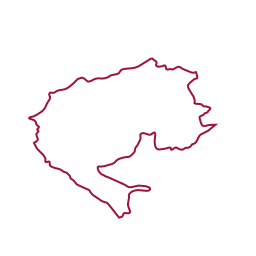 the border of Napo, rotated 57°
{"feature_id": "ECU-1290", "entity_name": "Napo", "entity_type": "Province", "adm_level": 1, "iso_a3": "ECU", "parent_name": "Ecuador", "parent_adm1": "", "projection": "equal_earth", "projection_center": [-77.718, -0.603], "detail": "fine", "context": "isolated", "style": "outline", "palette": "rose", "viewbox_px": 256, "rotation_deg": 57, "n_neighbors": 0, "source": "natural_earth", "source_scale": "10m", "svg_char_len": 3984}
<svg xmlns="http://www.w3.org/2000/svg" viewBox="0 0 256 256"><g transform="rotate(57 128 128)"><path d="M66.5,205.5L65.9,205.5L65.5,204.9L65.9,203.4L66.8,200.9L67.0,199.5L67.2,197.6L67.2,191.1L66.8,189.1L65.9,186.6L63.3,182.5L61.1,177.8L59.5,176.5L57.1,175.9L56.3,175.2L56.0,174.3L56.2,173.4L56.8,172.8L57.5,172.1L58.0,171.2L58.2,170.0L58.2,168.0L58.4,166.7L58.9,164.8L60.0,162.6L61.1,159.8L61.5,157.1L61.4,154.0L60.8,149.2L59.7,144.3L59.7,142.9L60.6,139.3L62.7,137.8L63.9,137.4L66.6,136.7L67.4,136.0L68.0,135.0L68.4,133.0L68.8,129.3L69.4,127.4L70.3,125.6L72.2,123.1L73.4,121.0L74.3,118.2L74.5,116.4L74.4,114.9L74.6,113.5L75.1,112.0L76.3,109.1L76.9,107.3L77.0,105.9L75.6,102.1L76.0,100.0L77.2,97.4L80.0,92.2L81.3,89.0L82.0,85.8L82.3,73.3L82.2,71.8L82.4,70.8L83.0,69.8L84.1,69.4L85.0,69.2L87.4,68.2L88.2,68.2L89.0,68.6L90.1,70.0L90.7,70.3L91.4,70.3L92.7,69.6L93.6,68.4L94.8,65.7L95.1,64.2L95.4,63.2L95.8,62.9L96.7,62.9L98.9,63.7L99.8,63.6L100.4,63.1L101.6,60.5L102.1,59.8L102.7,59.4L103.2,58.7L103.5,57.2L103.7,53.7L104.1,52.4L104.8,51.5L108.5,49.8L115.8,44.7L117.0,43.5L118.3,40.5L122.8,42.0L123.8,42.7L123.9,43.0L123.8,43.3L123.8,43.6L123.7,43.8L123.6,44.1L123.5,44.3L123.4,44.5L123.3,44.8L123.2,45.4L123.2,46.7L123.8,51.3L124.5,54.0L125.9,55.2L127.8,55.7L138.0,56.0L140.8,56.9L142.2,57.7L143.3,58.7L143.9,58.5L145.0,57.4L147.2,54.4L148.4,53.4L150.1,53.1L151.1,52.6L151.8,51.9L152.1,51.2L152.4,50.7L152.9,50.3L153.4,50.0L154.8,48.8L156.0,48.1L156.6,48.5L157.1,49.5L157.3,50.9L157.7,52.0L158.1,52.7L158.1,53.2L158.0,53.9L157.7,54.7L157.5,55.3L157.6,56.0L158.0,57.2L158.0,57.9L157.9,58.6L157.8,59.4L157.6,60.4L157.6,61.3L157.9,62.1L158.8,62.6L163.6,64.1L165.3,64.3L166.5,64.3L167.1,63.8L167.8,63.0L168.4,61.9L169.5,58.9L170.3,57.1L172.9,52.9L174.0,62.7L173.7,64.1L173.4,67.8L173.1,69.8L173.1,71.1L173.7,72.8L174.3,74.1L175.8,76.4L177.0,78.9L177.2,79.8L177.1,80.9L177.0,81.7L176.8,82.3L176.6,83.0L177.5,85.5L177.5,87.6L177.2,88.7L176.6,89.5L176.1,90.3L175.9,91.2L176.0,93.4L175.6,94.6L174.7,95.6L173.6,96.5L170.5,98.3L170.2,99.2L170.1,100.3L170.2,102.5L169.9,103.4L169.4,103.6L168.1,103.1L167.6,103.1L167.1,103.6L166.7,104.5L165.6,108.0L163.1,113.4L162.2,114.4L161.1,115.1L159.7,115.3L157.7,114.9L155.2,113.8L152.9,112.4L148.6,108.8L147.1,108.1L146.2,108.3L145.9,109.3L145.8,110.5L146.0,112.2L145.6,113.3L144.9,114.2L141.7,116.8L140.7,117.9L140.1,118.9L139.9,120.0L140.2,121.1L141.5,122.1L142.5,122.5L143.6,123.2L144.7,124.5L147.5,129.3L148.6,132.3L149.2,133.2L150.5,134.4L151.4,135.3L152.0,136.8L152.7,140.3L152.8,142.0L152.5,143.4L151.1,146.0L150.4,147.7L149.6,150.0L149.0,152.6L148.9,154.6L149.7,158.9L149.5,160.9L147.1,168.7L146.2,170.6L145.4,172.1L144.3,173.4L144.3,174.6L145.6,175.5L147.9,176.1L150.5,175.9L152.5,175.3L154.2,174.3L154.5,174.0L156.4,173.2L157.5,172.1L173.7,161.7L177.5,159.9L178.3,159.3L179.6,157.0L182.1,150.4L186.7,144.6L188.1,143.7L189.4,142.5L190.9,142.5L191.6,143.2L191.8,144.0L191.4,145.6L190.4,147.2L185.5,153.4L184.4,155.7L183.7,158.0L183.5,160.2L183.9,162.4L184.5,163.6L185.5,164.3L186.4,164.7L187.2,165.3L191.9,169.6L193.7,170.4L198.0,171.4L199.3,171.8L199.9,172.5L200.0,173.5L199.3,174.8L197.5,177.0L197.3,177.8L197.7,178.9L198.3,179.7L199.2,181.2L198.3,184.3L181.2,185.9L179.7,186.2L178.6,186.9L177.4,188.0L175.1,189.7L165.4,193.8L162.6,194.4L159.1,194.4L158.0,194.9L156.7,195.9L147.6,201.6L142.7,202.2L141.3,202.6L140.0,203.3L138.9,203.5L137.9,203.3L136.4,202.9L135.1,203.1L133.8,203.5L132.4,203.7L131.4,204.3L129.4,206.0L128.1,206.3L126.0,207.4L124.9,208.1L121.0,211.7L118.5,213.4L117.0,213.8L115.7,213.4L114.8,212.7L113.9,212.3L113.3,212.4L112.9,212.9L112.3,214.8L111.7,215.5L110.7,215.4L109.8,214.6L108.7,214.0L107.1,213.7L104.6,213.7L97.3,215.3L94.5,215.5L89.3,215.0L89.3,211.7L88.9,210.5L88.2,209.6L84.8,208.9L83.2,208.2L82.2,205.5L81.8,204.8L81.1,204.8L80.0,205.0L79.6,204.7L79.3,203.4L79.0,202.6L78.5,202.1L77.5,202.3L75.7,202.9L74.9,202.8L72.7,202.1L71.3,202.2L70.1,202.6L66.5,205.5Z" fill="none" stroke="#9f1239" stroke-width="2"/></g></svg>